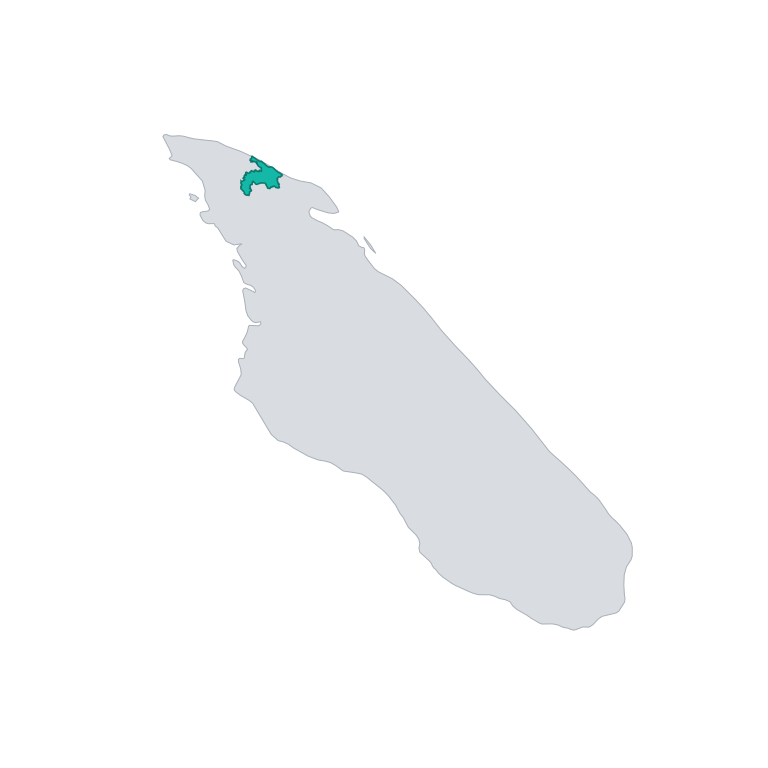 location of Sambava, Sava, Madagascar, rotated 304°
{"feature_id": "10022922B78580830473532", "entity_name": "Sambava", "entity_type": "district", "adm_level": 2, "iso_a3": "MDG", "parent_name": "Madagascar", "parent_adm1": "Sava", "projection": "equal_earth", "projection_center": [49.762, -14.245], "detail": "fine", "context": "in_parent", "style": "filled", "palette": "teal", "viewbox_px": 768, "rotation_deg": 304, "n_neighbors": 0, "source": "geoboundaries", "source_scale": "gbopen_adm2", "svg_char_len": 8761}
<svg xmlns="http://www.w3.org/2000/svg" viewBox="0 0 768 768"><g transform="rotate(304 384 384)"><path d="M477.4,79.4L479.1,84.5L481.0,89.4L487.1,101.1L489.6,105.7L491.8,110.5L492.9,120.1L496.7,135.0L500.3,157.4L501.4,180.3L502.5,190.8L505.3,200.7L509.9,211.0L511.4,222.4L508.5,234.1L504.5,245.1L503.4,247.2L501.5,250.1L500.7,249.9L497.4,247.1L494.8,242.4L491.4,231.4L490.2,225.8L488.8,225.0L484.8,225.4L482.0,228.9L481.5,231.1L482.1,237.3L483.2,242.9L483.7,248.5L483.7,255.7L484.8,257.8L486.4,259.6L488.0,264.3L488.3,275.4L487.3,281.0L484.5,285.8L484.7,288.4L485.7,291.2L484.7,292.8L481.0,294.9L479.5,296.7L477.6,301.6L474.3,311.6L473.9,316.7L475.9,332.2L475.4,343.1L471.3,364.1L469.0,374.0L465.6,385.9L460.6,401.5L455.6,421.1L451.3,441.2L448.2,453.3L444.6,465.2L439.8,486.2L435.7,507.5L429.6,530.8L421.2,556.9L420.3,560.2L418.6,573.5L416.8,585.0L414.6,596.4L409.9,615.2L409.4,620.9L408.4,626.5L403.9,638.2L402.0,642.6L400.7,647.2L399.9,653.1L398.6,658.8L395.4,669.2L390.5,678.1L387.1,681.4L379.9,686.1L376.2,687.1L368.0,687.2L360.1,689.9L351.8,695.0L343.9,701.0L340.9,703.8L337.6,705.4L327.1,705.7L323.9,704.4L313.3,694.7L309.2,693.1L301.4,691.8L299.1,690.9L296.9,689.7L293.7,684.6L287.5,680.3L286.0,678.9L285.0,675.9L284.3,672.7L282.6,669.2L281.3,662.3L279.2,657.6L273.3,649.1L272.7,646.4L272.1,637.5L272.2,631.4L271.4,620.3L272.0,615.0L273.9,610.3L273.0,605.2L270.8,599.8L269.9,594.3L268.2,589.2L262.1,580.1L260.6,575.6L259.5,570.9L257.0,556.4L256.6,551.3L256.8,540.6L257.6,535.1L259.0,531.2L259.3,528.4L260.2,525.9L261.6,523.9L262.5,521.6L264.6,507.8L267.4,504.8L271.7,503.0L275.0,499.4L276.9,494.6L278.7,484.6L284.0,474.6L285.8,469.4L290.0,461.5L293.7,450.4L294.9,445.1L295.6,439.7L296.5,427.9L297.1,422.1L296.9,416.2L294.6,410.3L289.3,399.4L289.1,397.4L289.4,389.3L288.9,383.4L286.9,377.6L284.3,372.1L281.8,361.8L280.4,344.8L280.6,338.6L279.8,333.2L277.9,327.9L279.1,318.8L294.6,285.8L295.0,281.9L294.3,271.8L294.6,265.9L295.1,263.7L296.3,262.4L299.0,261.8L311.8,260.4L313.4,259.3L316.6,256.5L320.9,251.1L322.9,249.6L324.7,250.1L325.8,252.5L327.2,253.7L332.4,251.3L334.4,251.2L336.4,251.6L337.3,249.4L337.9,246.3L338.6,244.2L340.0,243.0L346.6,242.3L350.9,241.5L356.3,239.4L357.5,239.8L362.0,247.4L363.3,248.0L365.1,248.3L366.6,246.9L362.9,243.0L362.4,240.7L362.6,238.2L364.5,232.7L367.7,228.5L374.8,222.2L382.2,214.8L384.3,214.3L386.2,215.5L387.6,224.1L387.4,225.6L388.6,225.8L390.0,224.7L391.2,221.2L391.3,218.3L390.3,215.5L389.8,213.2L389.7,211.0L393.5,205.9L396.4,201.0L397.8,195.1L399.0,192.5L402.1,189.4L403.0,189.9L403.7,192.4L404.1,195.0L403.4,197.6L402.2,200.1L401.8,203.5L403.5,204.2L405.2,203.4L407.6,197.2L410.4,191.4L412.0,188.3L414.1,186.2L417.6,186.6L420.9,187.9L415.4,181.8L414.0,173.3L420.5,158.7L420.6,155.6L421.5,154.7L422.0,153.5L418.6,148.6L417.9,146.1L418.3,142.4L420.0,139.1L421.4,136.8L423.5,135.9L425.2,137.1L428.8,141.2L431.3,141.8L434.2,137.9L436.6,133.0L440.3,129.7L444.4,127.6L450.7,119.9L454.8,103.9L455.1,99.2L454.2,93.5L452.7,88.1L450.3,81.3L450.9,79.8L454.4,80.7L455.5,79.8L459.3,73.8L465.5,62.3L467.5,62.3L469.3,64.4L469.9,67.6L471.1,69.9L475.3,75.4L477.4,79.4ZM434.4,124.6L434.4,126.4L429.7,125.6L428.9,119.6L431.2,119.4L431.7,116.9L433.1,116.6L434.7,122.0L434.4,124.6ZM491.7,295.4L487.7,304.2L488.9,296.8L493.5,286.2L494.8,285.4L491.7,295.4Z" fill="#d9dde1" stroke="#a8b0b8" stroke-width="1"/><path d="M463.6,164.2L463.9,165.0L464.2,165.0L464.4,165.3L464.6,165.3L464.7,165.5L464.8,166.1L464.8,166.4L464.8,166.5L465.1,166.4L465.3,166.5L465.8,166.1L466.3,166.2L466.7,165.9L467.0,165.9L467.3,165.7L467.6,165.4L468.1,165.1L468.5,165.2L468.7,165.5L469.1,165.5L469.3,165.7L469.6,166.0L470.0,165.9L470.4,165.9L470.5,165.8L470.6,165.4L470.8,165.2L470.8,164.8L471.1,164.6L471.2,164.3L471.1,164.2L470.8,163.6L470.9,163.3L471.2,163.0L471.8,163.0L472.4,163.2L472.6,163.0L472.7,162.6L473.1,162.2L473.4,162.1L474.5,161.9L474.7,162.1L474.8,162.2L474.9,162.5L475.3,162.9L475.6,162.8L475.8,162.9L475.9,163.1L476.2,163.0L477.0,162.1L478.0,161.9L478.5,161.9L478.8,162.1L479.0,162.4L478.8,162.6L478.6,162.8L478.4,162.9L478.4,163.3L478.6,163.9L478.4,164.8L478.1,165.5L478.0,166.1L478.2,166.8L478.4,167.0L478.6,167.1L478.9,167.4L479.2,167.6L479.5,167.8L479.9,167.8L480.6,168.7L481.1,168.7L481.6,169.3L481.9,169.9L482.2,170.1L482.3,170.1L482.3,170.3L482.4,170.5L482.7,170.8L482.8,171.2L483.0,171.3L483.2,171.7L483.4,171.9L483.5,172.1L483.8,172.3L483.8,172.5L484.0,173.1L483.9,173.2L483.9,173.6L483.7,173.8L483.7,174.1L483.4,174.3L483.4,174.6L483.2,174.8L483.2,175.1L483.0,175.4L482.7,175.5L482.6,175.8L482.7,176.1L482.4,176.6L482.1,176.7L481.9,177.3L481.4,177.8L481.4,178.2L481.3,178.4L481.4,178.6L481.6,178.7L481.7,178.9L481.9,179.2L481.9,179.5L482.0,179.6L482.2,180.1L482.5,180.1L482.8,180.2L483.5,179.9L483.8,180.0L484.2,180.4L484.4,181.0L484.6,181.0L485.0,180.9L485.2,181.1L485.7,181.2L485.8,181.4L485.7,181.6L485.8,181.9L486.0,182.0L486.4,182.3L486.5,182.3L486.6,182.5L486.9,182.8L486.7,183.3L486.7,183.7L486.5,183.9L486.5,184.4L486.4,184.6L486.4,184.8L486.6,185.0L486.9,185.1L487.1,185.5L487.1,186.0L487.1,186.3L487.3,186.8L487.6,187.0L488.4,187.4L489.0,186.8L489.3,186.0L490.1,185.2L490.2,185.3L490.3,185.2L490.6,185.5L490.7,185.4L490.8,185.5L491.1,185.1L491.3,184.9L491.5,184.5L491.4,184.1L491.5,183.7L491.3,183.4L491.5,183.3L491.9,183.2L492.1,183.0L492.4,182.6L492.7,181.9L493.0,181.9L493.4,181.7L493.5,181.5L493.6,181.1L493.8,181.0L494.1,181.0L494.2,181.3L494.5,181.3L494.6,181.0L494.6,180.7L494.8,180.8L495.2,180.6L496.1,180.6L496.8,180.8L497.1,181.0L497.2,181.8L497.4,182.1L497.6,182.3L499.0,182.7L499.4,182.6L499.5,182.7L499.5,182.4L499.8,182.3L500.0,182.5L500.3,182.3L500.6,182.4L500.7,181.1L500.8,180.6L500.7,179.8L500.7,179.2L500.5,178.9L500.5,178.5L500.4,178.1L500.4,177.3L500.6,174.9L500.9,173.6L501.1,172.4L501.2,171.4L501.2,171.1L501.3,170.2L501.1,169.9L501.0,169.4L500.8,169.1L500.8,168.8L500.7,168.5L500.6,168.4L500.6,168.6L500.0,168.1L499.7,167.6L499.4,167.6L499.3,167.2L499.2,166.3L499.3,164.2L499.4,163.5L499.7,162.5L499.7,161.8L499.8,159.9L500.0,158.6L500.0,158.1L500.0,157.9L499.7,157.9L499.5,157.6L499.3,157.0L499.3,156.2L499.0,156.0L498.9,155.4L498.9,154.4L498.9,153.5L499.0,152.1L499.1,151.1L499.1,150.4L499.0,150.1L499.0,149.9L499.0,149.2L499.1,148.2L499.1,147.2L498.4,147.2L498.1,147.4L497.7,147.6L497.3,147.9L497.2,147.9L496.5,147.9L496.2,147.6L495.7,147.4L495.2,147.6L495.1,147.9L494.9,147.9L494.7,147.9L495.0,148.8L495.3,150.2L494.3,149.6L494.0,149.4L493.7,149.3L493.6,149.5L493.8,149.8L494.1,150.2L494.5,150.6L494.8,151.1L495.0,151.2L495.6,151.6L495.9,151.8L495.9,152.6L496.1,153.4L496.4,153.8L496.8,153.8L496.9,154.3L496.4,154.8L496.2,154.9L495.8,154.8L495.7,154.8L495.5,155.2L495.2,156.1L495.5,156.1L494.8,156.9L494.8,157.1L494.4,158.1L494.4,158.9L494.4,159.9L494.3,160.2L494.3,160.5L494.5,160.7L494.5,160.8L494.4,161.1L494.5,161.2L494.6,161.3L494.5,161.6L494.1,161.8L493.8,161.8L493.7,161.8L493.5,162.0L493.4,162.0L493.2,162.1L492.7,162.7L492.5,163.2L492.3,163.3L492.1,163.5L491.9,163.5L491.9,163.0L491.7,162.9L491.7,162.6L491.6,162.4L491.4,162.2L491.3,161.7L491.2,161.6L491.2,161.4L491.3,161.1L490.9,161.1L490.9,161.3L490.8,161.2L490.6,161.2L490.3,161.4L490.3,161.6L490.2,161.6L489.9,161.4L489.9,161.2L489.7,160.9L489.6,160.2L489.4,159.6L489.5,159.5L489.6,159.4L489.4,159.2L489.4,158.8L489.5,158.7L489.7,158.4L489.6,158.2L489.5,157.8L489.5,157.6L489.3,157.6L489.1,157.8L488.6,157.6L488.5,157.4L488.2,157.7L488.1,157.8L487.9,157.4L487.6,157.3L487.5,157.2L487.3,157.1L487.2,157.2L487.2,156.7L487.0,156.4L487.0,156.1L487.0,155.9L486.9,155.5L486.8,154.8L486.7,154.7L486.2,155.0L485.9,154.9L485.7,155.0L485.4,154.7L485.3,154.4L485.0,154.3L484.3,154.6L483.9,154.8L483.6,154.4L483.2,153.7L482.9,153.5L482.6,153.0L482.6,152.8L482.8,152.3L482.7,151.5L482.5,151.3L482.3,151.3L482.2,151.2L481.9,151.2L481.7,151.4L481.2,151.5L481.1,151.9L480.8,151.9L480.8,152.6L480.7,152.7L480.4,152.7L480.0,153.0L479.9,153.0L479.6,152.5L479.6,152.2L479.5,151.8L479.1,151.6L478.6,151.8L478.0,151.8L477.7,152.1L477.6,152.5L477.4,152.9L477.0,152.5L476.8,152.5L476.7,152.3L476.2,152.3L476.0,152.1L475.8,152.1L475.6,152.2L475.7,153.1L475.5,153.8L475.3,154.4L473.7,153.5L473.0,153.5L472.6,153.0L472.3,152.2L472.4,151.9L472.2,152.0L472.1,152.3L471.8,152.4L471.5,152.6L471.2,153.0L470.8,153.1L470.7,153.0L470.7,152.9L470.5,153.0L470.3,153.4L470.0,153.6L470.0,153.9L470.0,154.1L469.7,154.3L469.7,154.5L469.6,155.0L469.3,155.0L469.1,154.8L468.8,154.8L468.4,155.0L468.2,154.8L467.9,154.8L467.7,155.1L467.6,155.3L467.4,155.1L466.9,155.7L466.4,155.6L466.1,155.9L466.0,156.2L465.7,156.5L465.8,157.0L465.5,158.3L465.3,158.4L465.2,159.0L465.3,159.4L465.0,160.4L464.9,160.9L464.4,161.4L464.2,161.4L463.9,161.4L463.9,161.7L463.9,161.9L463.4,162.9L463.5,163.4L463.5,163.9L463.6,164.2Z" fill="#14b8a6" stroke="#0f766e" stroke-width="1.5"/></g></svg>